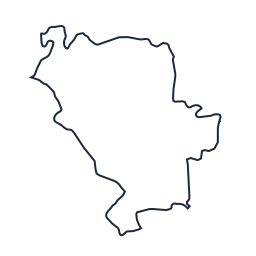 SVG path tracing the border of Idlib, rotated 176°
{"feature_id": "SYR-140", "entity_name": "Idlib", "entity_type": "Province", "adm_level": 1, "iso_a3": "SYR", "parent_name": "Syria", "parent_adm1": "", "projection": "robinson", "projection_center": [36.748, 35.825], "detail": "fine", "context": "isolated", "style": "outline", "palette": "slate", "viewbox_px": 256, "rotation_deg": 176, "n_neighbors": 0, "source": "natural_earth", "source_scale": "10m", "svg_char_len": 3705}
<svg xmlns="http://www.w3.org/2000/svg" viewBox="0 0 256 256"><g transform="rotate(176 128 128)"><path d="M112.4,45.6L124.7,43.3L125.7,41.6L125.6,36.8L124.9,33.9L123.7,30.4L122.0,27.2L124.2,26.1L130.2,24.8L135.9,24.9L136.8,24.6L140.4,21.9L141.6,21.6L142.5,21.7L143.0,22.1L143.4,22.7L143.7,23.4L143.9,24.1L144.3,27.3L145.2,29.1L150.6,34.0L155.1,39.7L155.8,41.1L155.9,42.3L155.7,43.1L155.4,43.9L154.7,45.2L153.8,46.3L150.3,49.7L149.0,51.4L148.5,51.9L146.8,52.8L146.5,53.1L146.1,53.4L145.2,54.4L144.4,55.6L143.5,56.6L137.7,61.2L135.5,64.8L139.1,69.4L140.4,71.9L142.0,73.7L143.6,75.1L145.2,76.1L159.7,82.7L161.4,83.9L162.5,84.8L162.8,86.3L163.1,87.8L163.5,94.4L163.5,96.1L163.6,97.0L163.8,97.7L173.2,111.1L182.0,126.7L183.4,128.7L184.5,129.9L185.2,130.2L186.1,130.4L188.7,130.8L190.9,132.2L194.4,135.5L199.5,139.0L200.4,139.9L200.9,140.8L201.0,141.5L201.0,142.3L200.9,143.2L200.7,144.0L200.0,145.2L199.4,146.0L198.6,146.9L197.5,147.7L196.9,148.1L194.9,149.0L193.9,149.8L193.0,151.3L195.5,159.2L197.1,162.2L198.2,163.8L198.7,165.2L199.4,169.0L200.4,170.4L205.9,176.8L206.8,177.3L208.2,177.8L209.2,178.4L210.3,179.2L212.9,181.7L213.8,182.3L221.1,185.3L217.8,187.0L217.3,187.7L216.8,188.7L214.9,193.1L210.6,200.6L209.6,201.9L208.3,202.6L204.7,204.2L202.5,205.6L201.5,206.6L200.6,208.1L197.2,215.3L196.8,216.7L196.7,217.6L196.7,218.5L196.9,219.1L197.4,219.7L198.0,220.1L198.7,220.4L199.5,220.5L200.3,220.4L201.1,220.2L201.7,219.9L202.2,219.4L202.5,218.8L203.6,216.7L204.0,216.2L204.5,215.7L205.0,215.3L205.7,215.1L206.4,215.3L207.0,215.6L207.5,216.1L207.8,216.7L208.0,217.4L208.3,219.0L208.2,227.7L207.9,228.3L207.3,228.3L206.7,228.1L205.9,227.9L205.1,227.8L204.4,227.9L203.7,228.2L203.2,228.6L202.6,229.0L201.6,230.2L200.2,232.6L199.6,233.2L198.9,233.6L197.9,233.9L197.0,234.1L193.3,233.9L189.4,234.4L187.7,234.4L186.9,234.2L186.2,234.0L185.5,233.6L185.0,233.1L184.7,232.5L184.5,231.8L184.5,229.2L184.4,228.4L183.8,225.5L183.7,224.7L183.7,223.8L183.9,223.0L185.6,219.6L185.8,218.7L185.9,217.9L185.9,217.0L185.8,215.4L185.7,214.6L185.4,213.9L185.1,213.3L184.8,212.7L184.3,212.2L183.8,211.7L182.9,211.6L182.3,211.9L181.9,212.4L180.4,215.0L179.8,215.8L176.0,219.5L172.9,224.1L171.9,224.8L170.7,225.2L169.4,225.3L167.6,225.6L166.6,225.7L165.8,225.4L165.4,224.9L165.1,224.3L164.6,223.7L162.8,222.6L162.2,222.2L161.7,221.7L161.0,220.5L160.8,219.8L160.1,218.6L154.9,214.0L154.2,213.7L153.4,213.4L152.7,213.4L151.8,213.4L130.8,219.1L121.8,218.7L110.1,215.6L108.4,215.4L105.1,215.6L103.3,215.4L102.5,215.3L101.7,215.0L101.1,214.5L100.7,214.0L100.4,213.4L100.1,212.8L99.6,211.5L99.0,210.2L98.5,209.7L98.0,209.3L94.9,207.7L93.7,207.3L92.9,207.4L86.8,210.4L83.1,209.3L81.9,208.1L81.1,204.4L77.3,196.0L77.3,195.9L77.5,195.3L77.8,194.8L78.2,194.0L78.5,192.9L77.0,178.7L77.4,175.0L79.9,163.7L81.0,154.5L80.7,151.8L79.5,151.0L71.9,150.8L69.5,150.1L69.2,149.4L69.0,148.7L68.8,148.0L68.4,147.2L68.0,146.3L67.0,145.1L66.4,144.5L65.7,144.3L64.9,144.3L64.2,144.4L63.5,144.7L62.9,145.1L60.8,145.8L58.6,146.0L57.2,145.8L55.9,145.4L55.2,144.9L54.5,144.4L54.1,143.9L53.3,142.4L57.7,139.5L59.0,137.8L59.2,137.0L59.2,136.1L58.9,135.3L58.3,134.5L57.6,134.1L56.8,133.8L44.9,134.4L43.4,134.7L41.9,135.3L41.0,135.5L39.6,135.6L37.1,135.3L35.9,134.9L35.2,134.3L35.0,133.6L34.9,132.8L35.1,132.1L35.3,131.3L35.6,130.7L36.0,129.6L36.1,129.3L35.9,128.5L36.4,128.5L38.3,122.3L39.4,107.5L43.3,101.4L48.9,99.4L53.1,100.6L55.8,99.9L57.3,92.5L60.8,91.1L67.6,93.7L71.3,92.5L70.9,86.6L71.5,56.3L71.8,53.2L72.8,51.6L74.3,50.2L74.5,48.4L72.0,45.6L74.0,43.6L76.2,46.1L78.4,47.7L80.8,48.5L85.6,49.1L86.6,49.4L87.6,49.4L89.0,48.7L89.9,47.5L90.1,46.0L90.7,44.7L92.7,44.0L95.9,43.5L109.1,45.5L112.4,45.6Z" fill="none" stroke="#1e293b" stroke-width="2"/></g></svg>